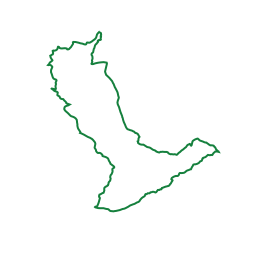 California, Santander, Colombia, rotated 285°
{"feature_id": "7082276B83568043326279", "entity_name": "California", "entity_type": "district", "adm_level": 2, "iso_a3": "COL", "parent_name": "Colombia", "parent_adm1": "Santander", "projection": "natural_earth1", "projection_center": [-72.928, 7.347], "detail": "fine", "context": "isolated", "style": "outline", "palette": "green", "viewbox_px": 256, "rotation_deg": 285, "n_neighbors": 0, "source": "geoboundaries", "source_scale": "gbopen_adm2", "svg_char_len": 5804}
<svg xmlns="http://www.w3.org/2000/svg" viewBox="0 0 256 256"><g transform="rotate(285 128 128)"><path d="M213.1,75.2L211.7,74.4L210.4,73.9L207.0,73.8L206.0,73.4L205.1,72.9L203.1,71.3L202.0,70.5L201.3,69.7L200.8,69.3L200.3,68.4L200.1,66.8L199.8,66.2L198.2,65.9L197.8,65.6L197.6,65.0L197.5,64.0L197.7,62.2L197.5,60.1L197.6,58.3L197.5,55.2L197.0,52.9L196.5,52.6L195.4,53.1L194.9,53.1L191.2,51.9L190.0,51.1L189.2,50.8L188.4,49.8L188.3,49.5L188.3,48.8L188.9,48.3L188.9,47.3L188.6,45.9L187.7,43.5L187.5,42.4L187.6,41.3L188.4,40.3L188.5,39.7L188.4,39.4L188.2,39.3L186.8,39.4L185.7,39.2L185.0,38.8L184.4,38.2L183.6,36.9L183.5,35.8L183.0,35.3L181.7,35.9L181.1,36.3L179.7,36.3L179.1,35.5L178.3,34.9L177.7,34.2L176.0,35.1L174.8,36.3L174.3,37.1L173.7,37.5L173.3,37.3L170.9,35.5L169.6,35.3L168.1,34.5L168.1,34.8L168.8,36.3L168.6,37.4L167.7,38.9L167.1,39.1L164.0,38.7L162.0,39.2L160.2,40.5L157.8,42.0L156.6,43.1L156.1,44.5L156.2,44.9L156.1,45.9L155.6,46.6L154.4,46.6L153.6,46.4L153.0,46.4L152.4,46.7L151.9,47.1L149.9,47.1L149.2,47.3L147.2,48.2L146.6,47.9L146.5,47.2L146.4,44.2L146.2,44.1L145.3,46.4L144.8,47.2L144.6,48.5L144.7,49.0L144.6,49.8L144.3,50.7L144.0,51.0L141.6,51.2L141.3,51.5L140.7,53.7L139.6,54.5L139.1,55.1L138.9,56.0L138.9,56.6L139.1,58.1L138.2,59.1L137.2,61.0L136.5,61.8L136.1,61.9L135.9,62.4L135.6,65.6L134.3,64.3L133.5,62.9L132.5,61.8L131.7,61.4L130.4,61.4L129.5,61.7L129.1,62.1L128.2,63.3L126.9,66.0L125.0,69.2L124.7,70.0L124.6,72.0L124.3,73.6L123.7,75.0L122.7,76.3L121.2,77.0L120.3,77.3L118.4,78.2L117.1,78.5L115.2,79.5L114.2,80.3L112.0,82.8L111.5,83.2L110.8,83.0L110.7,84.3L110.2,87.0L109.0,91.5L108.7,93.9L108.3,95.2L108.2,95.9L107.8,96.4L107.7,96.9L105.9,99.4L105.3,100.0L104.2,100.6L100.5,100.8L100.0,101.1L98.8,102.5L97.3,103.3L96.9,103.8L96.4,104.5L96.1,105.5L96.6,106.8L96.6,108.0L95.6,110.0L95.4,110.2L94.5,110.5L94.3,110.9L94.2,114.0L93.7,116.0L93.2,116.8L91.5,118.0L90.0,119.6L88.9,120.3L87.4,124.0L86.9,124.7L86.2,124.9L84.6,123.6L83.4,123.7L82.9,124.1L81.6,124.4L79.3,124.1L78.0,123.5L77.4,123.4L75.9,123.5L74.7,124.3L72.5,124.4L70.8,123.5L69.9,123.4L69.0,123.6L67.7,123.5L67.7,123.3L66.6,122.8L66.0,122.3L65.5,121.5L64.1,120.7L62.9,120.8L61.6,121.3L59.2,121.2L58.9,120.9L58.7,120.4L56.8,118.5L56.3,117.7L55.2,117.6L54.3,117.8L54.0,117.9L53.5,118.7L52.8,119.0L49.2,119.0L47.3,118.9L46.2,118.7L44.8,118.6L44.2,118.1L43.5,116.8L43.1,116.6L42.9,117.0L42.9,119.8L43.2,121.3L44.2,125.0L44.2,127.8L44.4,129.3L44.4,130.2L43.5,131.7L43.3,132.7L43.8,135.7L44.3,136.6L44.8,137.9L46.6,141.3L48.4,143.8L49.0,145.1L49.7,146.1L52.0,148.6L53.8,150.2L54.8,151.6L55.5,152.5L56.1,153.5L57.0,154.6L58.2,155.7L59.1,157.0L59.7,157.6L60.4,158.0L61.8,158.4L63.7,159.3L64.9,160.2L65.8,161.1L66.5,161.7L67.0,161.8L68.3,161.9L68.7,162.1L68.9,163.1L70.1,164.0L70.4,165.5L70.9,166.0L71.3,166.1L71.7,166.4L72.1,167.4L72.9,168.6L73.0,169.9L72.8,171.1L73.1,171.6L73.4,171.9L75.9,172.9L76.0,173.1L76.3,174.4L76.6,174.7L77.2,175.1L77.4,176.0L78.1,176.3L78.8,176.3L78.9,176.5L81.1,179.5L81.7,180.7L82.2,181.4L82.3,181.8L83.0,182.6L83.5,182.9L84.4,183.0L85.4,183.7L87.0,184.0L87.4,184.2L88.7,184.6L89.0,184.6L89.3,184.1L89.4,183.6L89.6,183.2L90.4,183.1L91.1,183.3L92.4,184.4L93.2,185.3L94.1,186.7L94.4,188.1L94.9,188.8L95.7,189.2L97.3,189.3L98.0,189.8L98.3,191.4L99.0,193.2L99.4,193.9L100.4,194.8L101.3,195.3L102.1,196.0L102.7,196.8L103.0,197.4L104.1,198.7L104.4,199.5L104.7,199.6L106.5,199.8L107.9,200.3L109.5,200.6L110.0,201.3L110.4,202.6L111.3,204.1L112.5,205.4L114.5,206.4L115.3,207.6L116.1,207.8L117.4,207.8L117.9,207.9L118.1,208.3L118.6,208.3L120.0,210.4L122.7,212.2L122.8,213.5L123.0,214.4L123.5,215.2L123.6,216.2L123.9,216.5L124.7,216.7L126.1,217.2L127.3,218.1L127.8,218.3L128.0,218.6L128.4,220.7L128.4,221.8L128.8,221.4L128.8,221.2L129.4,219.9L130.4,218.4L131.9,217.2L132.2,216.3L132.7,215.8L133.1,215.2L133.0,213.5L132.6,212.3L132.6,211.7L132.8,211.3L133.0,210.3L133.3,209.8L133.8,208.3L134.2,207.6L134.0,206.5L134.0,205.5L134.3,203.9L134.5,200.9L134.7,200.2L135.1,199.6L135.8,198.1L135.6,197.6L134.5,196.0L133.1,194.6L132.3,194.0L131.8,193.8L127.9,193.9L127.3,193.6L127.3,193.4L127.4,193.2L128.3,192.4L128.6,191.9L128.5,191.5L128.0,191.2L127.2,190.1L126.8,189.8L124.4,188.9L123.9,188.4L121.4,186.7L120.2,185.6L118.2,184.4L117.2,183.5L115.0,182.3L114.7,181.9L114.8,180.0L114.3,178.9L114.0,176.7L113.7,176.1L113.7,175.2L114.0,173.7L114.8,172.7L114.9,171.5L114.4,169.8L114.0,167.4L113.7,166.8L113.4,165.6L112.4,164.5L112.4,163.1L112.6,161.4L112.9,161.1L113.0,160.5L113.3,160.0L113.4,158.7L113.5,157.6L114.6,154.6L114.7,153.3L114.6,152.2L114.6,151.3L115.9,147.3L115.4,145.2L115.4,143.8L115.6,143.0L116.1,141.7L116.3,141.5L116.8,141.5L117.6,140.8L118.0,141.2L118.4,141.3L120.4,140.9L121.5,141.0L122.4,141.4L123.6,140.1L124.5,139.4L125.2,137.7L125.1,136.4L125.8,135.2L126.1,134.6L126.2,133.5L126.4,132.9L126.5,132.3L126.5,130.3L126.6,129.8L126.7,128.2L126.9,127.5L127.6,126.6L128.5,125.7L130.4,124.3L132.7,122.4L134.7,121.1L136.3,120.3L136.9,119.7L137.9,119.3L141.5,116.6L145.9,113.9L148.2,112.0L149.9,111.2L151.8,111.1L154.1,111.3L155.2,111.2L156.5,110.3L159.5,108.8L159.4,108.8L160.2,108.3L163.3,105.5L163.8,104.9L166.8,102.7L167.6,101.8L169.1,100.6L171.6,97.0L173.7,93.1L176.4,91.3L177.7,91.2L184.7,91.0L185.6,90.5L185.3,87.4L185.1,86.8L184.0,83.8L183.2,82.0L181.9,79.5L180.8,77.9L180.4,76.8L180.4,76.3L180.6,76.1L182.5,76.4L182.8,76.4L183.4,75.9L183.9,75.7L185.7,75.8L186.5,75.6L188.1,75.0L188.7,74.4L189.3,73.8L190.4,73.7L191.1,74.0L191.7,74.5L192.2,74.7L195.4,74.5L196.5,74.8L199.2,74.8L200.5,75.2L201.0,75.7L201.7,75.9L202.6,76.4L202.9,76.4L203.5,76.8L203.9,76.8L204.2,76.3L204.5,76.3L205.2,76.8L205.5,77.3L205.9,78.5L206.4,78.9L207.7,78.3L208.8,78.4L209.3,78.3L209.5,77.9L210.1,77.8L211.0,78.0L211.4,77.7L212.5,77.4L212.9,76.7L212.9,75.4L213.1,75.2Z" fill="none" stroke="#15803d" stroke-width="2"/></g></svg>